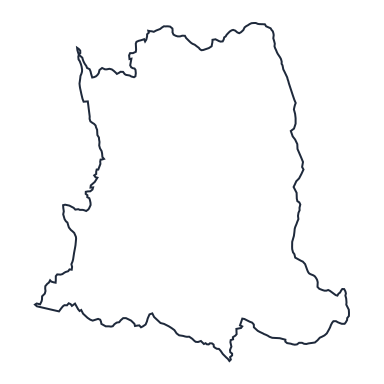 Piracanjuba, Goiás, Brazil
{"feature_id": "56859067B59858987143707", "entity_name": "Piracanjuba", "entity_type": "district", "adm_level": 2, "iso_a3": "BRA", "parent_name": "Brazil", "parent_adm1": "Goiás", "projection": "natural_earth1", "projection_center": [-49.012, -17.324], "detail": "fine", "context": "isolated", "style": "outline", "palette": "slate", "viewbox_px": 384, "rotation_deg": 0, "n_neighbors": 0, "source": "geoboundaries", "source_scale": "gbopen_adm2", "svg_char_len": 5799}
<svg xmlns="http://www.w3.org/2000/svg" viewBox="0 0 384 384"><path d="M148.3,30.8L148.8,32.7L147.1,34.3L147.1,36.3L146.3,39.6L145.1,41.5L144.1,39.2L142.4,39.8L140.8,40.3L138.7,40.8L136.5,41.8L135.8,43.6L136.1,49.6L135.8,51.8L133.0,53.1L130.1,53.1L129.1,55.4L129.5,59.1L131.4,58.7L130.2,65.3L131.2,67.3L132.8,68.2L134.5,68.5L135.5,69.9L135.8,73.3L135.4,76.3L134.0,77.2L131.3,76.5L129.7,75.5L126.1,74.9L124.7,74.1L123.1,71.9L120.5,71.8L119.2,72.7L116.9,73.9L115.7,72.6L113.7,70.8L111.8,69.4L109.4,68.8L106.9,69.3L104.9,69.3L102.1,68.0L99.5,70.0L98.7,73.2L97.5,74.9L96.0,76.3L94.2,77.1L92.2,77.5L91.0,73.5L90.6,71.6L89.6,69.2L87.0,67.9L86.4,66.2L84.6,63.6L83.4,61.2L82.8,59.5L82.3,57.7L80.6,56.2L78.8,54.7L78.3,56.8L78.6,59.5L79.7,61.1L80.9,64.1L81.6,66.6L82.1,69.7L82.0,71.7L81.4,73.8L80.5,75.9L80.2,78.6L79.5,83.6L79.8,86.3L80.1,88.2L80.9,91.8L81.3,93.8L82.5,98.8L83.6,101.7L87.8,101.4L89.7,116.5L89.6,118.9L90.4,121.4L92.3,122.8L94.1,123.9L95.6,125.5L96.0,127.2L97.1,129.8L97.4,135.1L98.9,137.5L99.1,139.7L99.5,142.0L99.2,145.5L100.0,148.4L101.6,151.1L102.1,153.5L102.4,157.0L104.0,158.9L102.5,159.4L100.6,159.6L100.2,161.6L100.4,163.9L98.3,169.5L96.7,169.5L96.2,171.7L96.2,174.0L94.2,175.4L95.5,177.2L97.4,177.7L94.8,181.9L92.5,183.9L90.8,185.4L90.5,187.6L93.1,187.4L92.5,189.5L90.3,191.3L87.9,191.4L85.8,191.8L85.7,193.9L87.4,195.2L87.3,197.2L89.3,198.2L89.9,200.0L90.5,202.8L90.6,205.0L89.3,207.9L88.4,209.4L86.2,211.0L84.4,210.3L82.9,209.9L79.9,209.9L78.3,209.2L75.3,209.6L73.6,207.8L72.0,207.0L69.4,205.6L67.5,205.2L65.1,204.7L63.1,205.2L63.3,208.0L63.8,211.4L63.2,214.3L64.6,219.2L66.0,221.4L67.4,222.5L68.2,225.3L68.9,227.5L70.9,230.0L72.5,231.3L74.2,232.9L75.9,236.8L76.1,238.7L75.5,245.1L75.1,247.5L74.1,252.8L73.1,259.4L72.5,261.6L71.4,264.2L72.1,266.9L71.7,269.7L69.5,269.4L68.2,271.2L65.6,272.0L64.2,272.8L62.4,274.1L60.5,274.6L57.2,274.4L55.8,276.2L55.8,280.1L55.6,282.7L53.6,282.3L51.3,281.6L50.1,280.3L48.9,282.6L47.3,283.8L45.3,286.2L45.2,288.7L45.5,291.0L44.8,293.6L42.1,296.3L42.0,299.4L41.6,301.2L40.1,304.3L36.7,303.5L35.0,304.6L36.9,306.3L59.0,311.4L61.1,308.5L62.9,306.3L64.4,305.2L67.0,305.3L68.7,303.3L70.6,304.1L71.9,305.9L75.0,303.6L78.1,309.2L79.6,311.0L81.2,310.0L83.1,313.7L87.5,317.8L90.3,319.7L92.7,320.6L98.1,318.9L100.2,319.7L101.0,321.7L101.4,323.9L105.7,326.3L108.7,326.3L111.0,326.6L112.8,326.2L114.4,324.2L116.7,322.6L119.2,322.2L120.7,320.3L123.2,318.1L125.9,318.1L128.2,319.2L131.1,320.6L134.4,323.8L135.0,326.0L137.3,325.6L139.3,325.4L141.0,327.3L143.0,326.3L145.6,324.5L146.9,321.5L147.7,318.5L149.5,314.4L152.3,313.4L154.1,317.0L160.5,323.0L164.0,323.9L168.8,326.3L171.5,328.0L174.4,330.1L176.6,333.4L179.1,335.3L183.0,335.9L185.1,336.5L186.9,336.8L189.2,336.7L192.3,338.8L194.1,340.6L195.6,341.8L198.0,342.0L200.9,341.0L203.9,344.0L205.6,343.2L206.9,344.3L208.7,344.4L209.9,343.3L212.0,343.4L213.6,344.6L213.8,346.7L215.4,348.0L216.9,348.8L218.9,348.9L220.7,350.9L222.8,354.0L226.3,357.5L227.9,358.9L229.4,361.0L230.8,359.6L230.1,357.1L232.1,355.4L232.1,353.6L230.3,352.3L230.0,350.1L230.7,348.2L231.4,346.7L230.4,342.2L230.7,340.1L233.1,339.3L232.9,337.2L235.4,335.6L236.6,334.2L236.4,328.9L241.0,328.0L242.2,326.4L240.0,325.4L242.3,318.6L244.4,319.0L249.7,321.7L252.1,322.6L253.8,324.5L253.9,327.3L257.7,330.8L259.9,332.0L262.7,333.3L264.1,334.1L265.7,334.7L267.8,335.7L269.5,336.8L272.2,337.8L279.8,338.2L282.0,338.8L285.4,339.7L285.3,341.6L287.1,343.1L290.8,343.7L292.6,344.3L294.8,344.7L297.0,344.4L299.1,342.8L302.0,342.8L304.1,343.8L306.3,344.0L308.6,343.4L314.9,342.5L317.5,340.3L319.8,337.7L321.8,336.8L324.5,335.4L326.8,333.4L329.3,328.9L330.1,327.3L330.9,325.1L332.1,322.8L333.4,321.2L336.0,321.2L337.9,322.3L339.6,323.0L341.8,323.8L344.6,323.8L345.8,322.3L347.1,320.0L347.2,318.1L348.9,316.0L349.0,313.0L348.8,309.7L346.3,304.7L346.5,302.5L346.2,298.6L345.4,295.6L345.9,293.5L345.4,291.4L344.2,289.1L342.3,289.0L341.3,290.3L340.0,292.6L338.5,293.7L337.4,295.6L335.7,295.1L330.0,290.9L328.2,290.0L326.3,290.7L324.6,290.7L322.6,290.1L319.3,288.8L317.5,286.9L317.7,282.2L317.1,279.9L316.3,278.4L314.9,276.4L313.5,275.4L310.3,274.1L309.0,273.3L308.0,271.8L307.2,269.9L305.1,264.1L302.8,261.6L301.2,260.9L295.2,257.6L294.4,254.2L293.0,252.3L292.2,249.2L292.1,246.8L292.2,241.8L293.9,235.9L294.4,232.1L294.7,228.9L295.2,227.1L296.5,224.0L297.2,222.0L298.4,219.1L298.0,215.9L298.5,212.7L299.6,210.3L299.5,207.8L300.3,204.5L299.3,202.4L297.4,201.2L296.8,198.7L296.6,192.8L293.6,187.0L294.9,184.3L296.3,181.2L299.1,178.4L301.4,174.0L303.5,169.5L302.1,167.0L303.0,162.0L301.2,157.6L297.5,149.0L297.3,144.1L295.1,139.5L292.7,136.4L290.8,131.0L294.0,128.6L295.6,123.7L295.6,118.2L295.1,113.9L293.9,109.4L294.5,106.6L295.0,104.8L295.7,103.0L294.3,99.7L292.8,95.3L288.9,83.4L288.3,81.1L287.6,79.1L287.2,77.4L284.4,71.5L283.3,69.4L282.5,65.3L281.6,63.8L281.7,61.7L281.0,59.1L280.1,57.4L277.7,53.8L276.9,52.2L276.1,50.2L275.1,48.1L274.5,46.3L274.8,43.7L274.1,40.9L273.3,38.3L273.7,35.1L273.4,33.3L272.8,31.3L271.7,30.1L270.6,28.3L266.1,26.3L264.9,24.3L259.4,24.1L257.9,23.9L255.8,23.0L254.0,23.0L251.5,23.2L249.6,24.1L248.0,25.2L246.3,26.1L244.6,27.4L243.3,30.1L241.0,32.2L239.2,33.2L237.3,32.4L235.2,30.6L233.1,29.9L231.5,30.4L229.8,31.5L228.1,33.2L226.6,34.8L225.7,36.4L224.2,37.4L223.7,39.5L222.7,41.4L220.6,41.6L219.0,41.1L217.5,40.3L215.5,39.3L212.5,39.8L212.4,42.2L211.6,46.3L208.8,48.1L203.2,50.0L201.4,50.2L199.8,49.1L198.8,47.8L197.0,46.5L194.7,44.7L192.5,43.8L190.9,42.7L189.3,41.2L186.1,38.0L184.9,35.8L182.2,35.7L180.1,36.4L177.7,36.4L175.5,35.7L173.5,34.6L172.5,32.3L172.6,30.4L172.4,28.5L170.1,26.6L167.7,26.3L165.5,26.4L163.9,26.3L162.1,27.4L160.1,29.0L156.2,30.5L153.8,31.8L151.8,31.3L150.3,31.2L148.3,30.8ZM77.1,47.8L77.4,50.2L78.0,52.2L78.8,54.7L80.3,53.1L80.2,50.6L78.7,48.9L77.1,47.8Z" fill="none" stroke="#1e293b" stroke-width="2"/></svg>